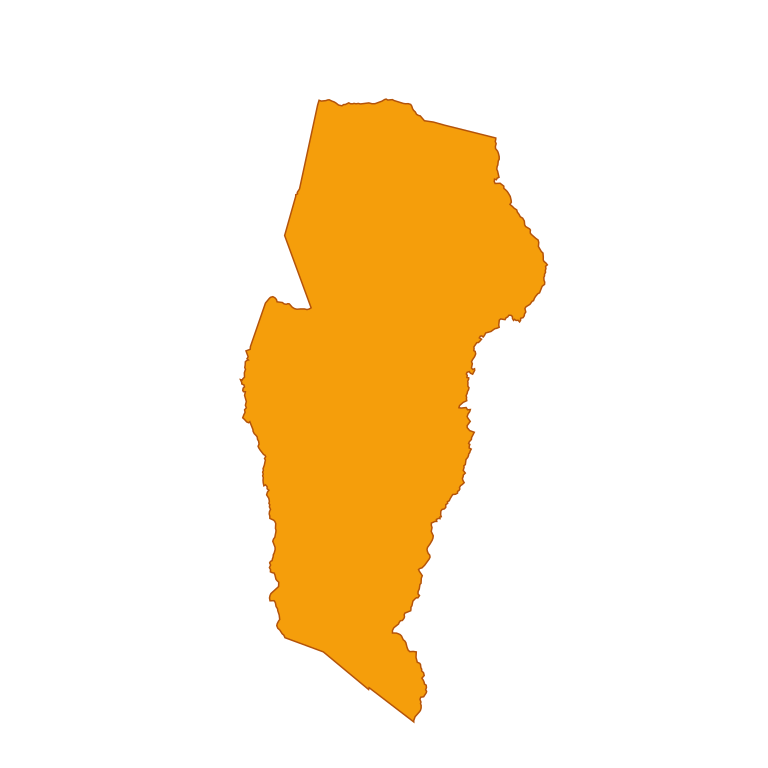 the district of Fernando Falcão, Maranhão, Brazil, rotated 303°
{"feature_id": "56859067B71869987611972", "entity_name": "Fernando Falcão", "entity_type": "district", "adm_level": 2, "iso_a3": "BRA", "parent_name": "Brazil", "parent_adm1": "Maranhão", "projection": "orthographic", "projection_center": [-45.34, -6.195], "detail": "fine", "context": "isolated", "style": "filled", "palette": "amber", "viewbox_px": 768, "rotation_deg": 303, "n_neighbors": 0, "source": "geoboundaries", "source_scale": "gbopen_adm2", "svg_char_len": 6171}
<svg xmlns="http://www.w3.org/2000/svg" viewBox="0 0 768 768"><g transform="rotate(303 384 384)"><path d="M387.3,240.5L342.6,251.6L340.2,252.9L336.6,250.2L332.8,255.3L330.7,255.3L330.3,257.2L329.1,256.1L327.1,255.6L324.4,257.2L321.9,258.3L321.0,259.8L317.3,260.8L313.7,263.3L311.8,262.8L310.1,262.9L309.5,261.2L307.8,263.8L306.6,264.7L306.9,267.1L305.5,268.6L303.9,268.1L301.7,269.0L301.0,270.3L302.0,272.0L298.6,273.2L294.3,278.1L290.7,279.3L289.1,281.5L286.4,281.1L284.6,282.9L281.9,283.2L278.7,283.9L278.3,286.2L277.4,289.6L277.8,291.6L279.3,292.0L274.5,298.8L273.0,300.0L271.7,302.2L271.2,304.6L270.6,306.4L268.6,308.2L267.8,309.9L265.6,311.9L263.2,312.3L262.3,313.6L261.1,316.2L259.3,321.4L259.4,323.0L258.6,324.4L256.4,324.4L255.7,325.9L250.8,327.8L247.0,328.7L245.9,329.9L244.0,330.2L242.7,331.8L240.9,332.2L239.8,333.7L237.5,334.9L235.4,336.5L233.2,338.7L234.9,339.5L234.3,341.9L232.5,343.0L232.2,345.3L229.9,345.1L227.1,345.9L225.4,349.6L223.3,351.7L221.2,352.5L220.6,353.9L218.5,354.8L217.1,357.1L214.7,357.4L212.5,358.5L211.0,360.2L209.1,361.5L209.7,365.7L209.3,367.3L208.0,369.2L203.8,371.6L202.6,373.0L201.0,373.9L196.0,375.9L193.7,375.8L191.5,376.4L187.7,381.6L185.8,382.9L182.3,384.0L180.7,384.1L178.3,385.3L176.7,385.6L175.0,386.3L173.3,385.4L171.7,385.5L170.4,387.5L167.6,387.9L166.6,389.9L164.6,391.0L164.9,393.0L165.6,394.8L164.4,396.6L161.5,399.6L160.9,401.1L160.4,403.7L156.7,405.9L146.7,403.3L144.6,403.6L142.2,404.5L140.1,406.5L142.4,409.8L141.5,411.9L138.6,414.7L137.5,417.1L136.0,418.4L133.2,421.9L129.7,424.8L127.7,424.7L124.8,425.0L122.9,425.7L121.3,428.0L120.9,430.6L119.1,434.6L118.8,436.8L117.3,439.1L126.3,479.0L119.4,537.5L121.2,536.9L116.8,593.0L118.0,592.2L121.9,591.3L128.7,592.3L130.2,592.3L132.5,591.6L134.7,590.2L135.8,588.7L137.4,588.2L139.1,585.9L141.3,585.4L143.3,587.6L148.1,587.6L149.5,587.1L150.2,585.5L152.6,584.9L154.4,583.4L154.4,581.4L155.7,580.1L157.0,578.2L157.9,576.0L161.4,576.5L163.4,574.4L163.9,571.8L165.4,570.9L166.2,569.4L168.7,567.3L169.2,566.0L168.8,563.4L172.2,559.7L176.9,557.0L175.7,554.3L173.6,551.4L174.0,549.1L175.9,546.5L179.0,543.2L179.8,541.4L180.0,539.4L182.2,535.9L182.6,533.9L182.2,531.4L181.8,530.0L179.8,526.7L182.0,525.3L185.0,525.0L190.6,526.9L192.2,526.6L194.4,526.7L195.7,528.2L198.2,528.4L199.9,528.0L201.5,526.6L203.2,526.3L208.4,529.9L210.1,529.1L211.3,528.2L213.2,528.2L217.6,526.5L220.6,527.0L222.4,527.6L223.1,528.9L225.9,529.0L226.5,526.8L228.6,525.6L231.3,525.2L235.5,523.3L237.0,523.6L241.4,521.1L244.1,520.5L246.3,515.4L247.2,514.0L248.9,514.6L250.5,516.0L254.2,516.8L261.8,517.2L263.9,516.9L265.4,515.5L266.0,513.4L267.4,511.4L268.8,510.1L270.7,509.5L274.9,509.7L279.1,509.5L281.4,509.0L283.5,508.0L286.1,503.9L289.7,502.5L291.3,500.6L293.2,499.5L296.5,501.6L297.5,503.1L298.9,501.7L300.9,502.8L301.6,504.3L302.7,503.3L303.9,504.3L305.1,502.8L308.3,500.9L310.4,501.0L312.1,502.6L314.1,503.0L316.5,501.5L318.6,502.4L319.8,501.3L321.6,502.3L324.1,501.9L328.7,501.8L330.5,504.0L332.5,505.1L334.0,504.2L335.5,504.9L337.2,504.8L338.3,503.7L340.5,503.6L342.4,504.4L344.9,505.0L346.3,502.4L347.7,501.1L349.3,500.9L350.8,500.1L353.6,500.7L354.7,497.5L357.6,496.6L359.0,495.5L360.7,496.1L365.3,493.9L368.2,494.2L370.1,493.8L371.6,493.1L373.1,493.3L374.6,492.8L376.9,492.6L376.7,490.3L378.2,489.4L380.1,488.9L380.1,487.4L381.9,487.0L385.1,487.5L386.8,486.6L392.7,486.0L391.6,481.3L392.7,477.6L394.3,476.4L399.6,476.7L401.1,472.9L402.0,471.4L404.7,470.8L407.5,470.9L409.6,470.3L407.9,468.1L409.0,465.7L405.8,461.8L404.9,459.7L407.1,459.1L411.7,460.4L415.1,462.5L416.4,461.2L417.9,460.5L418.8,459.3L421.7,458.8L423.2,458.1L425.3,458.0L427.2,457.3L427.7,455.7L429.2,454.6L430.7,453.8L432.0,452.6L434.1,452.4L435.3,451.7L434.6,450.0L436.6,449.1L437.2,447.6L439.0,447.3L440.9,448.7L440.1,450.6L440.5,453.0L444.9,452.6L446.1,451.6L444.5,450.5L445.1,448.6L449.2,447.0L450.3,445.3L452.3,445.0L456.3,445.1L459.2,444.5L461.0,442.7L460.9,441.1L462.7,440.3L464.0,439.2L469.2,439.3L470.1,440.5L471.6,441.0L474.7,441.4L474.6,438.8L476.5,438.7L477.6,439.8L477.4,441.6L479.3,441.8L482.2,441.5L486.3,445.1L490.7,446.8L492.2,448.3L494.3,449.7L496.0,448.1L500.4,445.9L502.1,446.4L503.9,450.5L506.0,450.3L507.6,451.2L509.7,451.3L510.8,453.2L510.5,454.9L508.9,456.1L507.9,458.0L509.4,458.3L509.2,460.1L510.5,461.8L509.9,463.9L511.7,463.9L513.5,462.8L515.4,464.5L517.6,464.5L519.3,463.7L521.6,463.7L524.0,461.1L526.0,461.0L530.3,463.0L534.1,463.2L535.3,464.0L537.7,463.5L539.7,463.4L543.4,463.8L545.2,464.8L552.1,463.4L555.0,464.4L557.0,463.3L558.1,461.7L560.4,460.0L562.0,459.8L563.6,458.8L565.6,458.7L567.2,457.4L568.9,457.0L570.7,455.4L572.9,456.1L573.6,454.1L574.0,451.2L574.9,449.9L577.3,448.4L580.4,446.0L580.8,443.8L583.4,438.6L587.0,436.7L588.7,434.8L588.8,432.0L589.6,426.7L590.1,424.7L591.3,423.7L592.8,423.0L593.4,421.6L593.2,417.0L594.1,415.3L597.1,412.9L598.6,410.0L598.5,407.2L599.9,404.7L600.8,402.2L602.3,400.5L602.3,397.4L602.8,395.3L603.2,391.8L605.8,391.8L607.5,390.4L610.1,387.7L611.8,384.3L612.6,382.4L613.1,380.1L613.3,378.0L615.2,376.7L615.6,372.1L612.7,368.0L613.9,366.1L616.0,365.1L616.5,367.0L618.2,366.8L620.0,367.9L624.5,363.2L625.5,361.6L628.1,360.4L629.6,360.2L633.2,358.4L635.3,358.2L637.5,356.7L639.6,354.5L641.1,352.5L642.2,349.3L644.0,348.0L646.6,347.2L648.0,345.2L649.8,344.6L651.2,343.8L634.0,293.7L630.6,282.8L626.8,274.5L628.6,268.4L628.0,266.5L627.9,264.4L629.2,262.1L629.6,259.9L630.4,258.1L632.2,255.9L633.0,254.1L632.3,251.6L630.8,249.5L629.9,247.6L627.2,238.0L627.1,236.2L624.2,232.5L624.1,230.6L622.8,229.5L620.2,228.3L614.2,223.8L612.5,221.3L611.5,218.2L606.1,211.8L605.3,209.6L603.8,208.0L603.0,206.0L601.9,205.1L600.8,203.3L600.6,201.3L597.4,199.4L596.3,197.9L594.4,197.2L593.2,194.0L593.5,190.4L593.4,188.4L592.9,186.3L592.5,183.2L591.4,181.9L590.1,181.0L587.1,177.3L586.6,175.0L581.8,176.4L501.6,206.9L497.5,206.9L496.4,207.9L494.7,206.9L493.2,207.8L454.4,219.8L408.2,281.4L406.1,280.4L404.5,278.9L403.6,276.4L401.4,273.0L399.3,270.3L398.5,268.0L398.4,265.3L399.6,261.0L399.0,259.6L397.6,258.6L396.8,256.6L397.0,254.4L394.7,249.6L396.3,247.7L396.9,245.6L396.7,243.2L394.9,241.6L393.4,241.2L387.3,240.5Z" fill="#f59e0b" stroke="#b45309" stroke-width="1.5"/></g></svg>